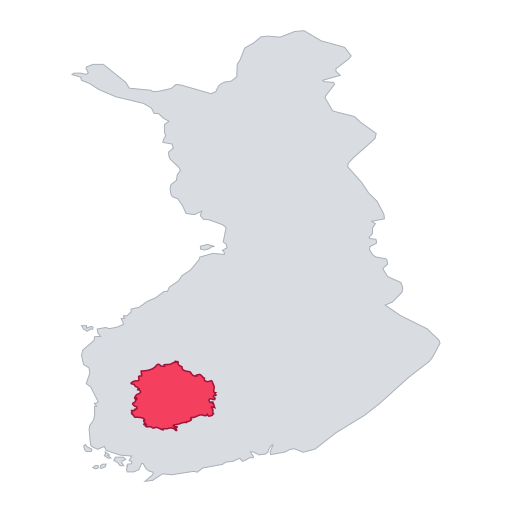 where Pirkanmaa sits in Finland
{"feature_id": "FIN-3186", "entity_name": "Pirkanmaa", "entity_type": "Region", "adm_level": 1, "iso_a3": "FIN", "parent_name": "Finland", "parent_adm1": "", "projection": "robinson", "projection_center": [23.692, 61.717], "detail": "fine", "context": "in_parent", "style": "filled", "palette": "rose", "viewbox_px": 512, "rotation_deg": 0, "n_neighbors": 0, "source": "natural_earth", "source_scale": "10m", "svg_char_len": 7529}
<svg xmlns="http://www.w3.org/2000/svg" viewBox="0 0 512 512"><path d="M186.1,213.5L182.5,205.6L177.8,198.8L172.6,196.9L170.9,194.3L170.1,188.8L171.0,184.5L176.4,180.4L177.3,174.8L180.4,170.3L178.9,167.4L170.2,159.2L169.0,156.6L168.5,152.1L173.4,148.1L172.0,144.0L162.9,142.4L163.3,139.9L165.7,135.8L164.4,132.2L164.5,124.6L168.9,121.2L163.6,118.4L158.5,113.6L154.1,113.3L151.4,108.1L143.5,103.4L115.9,96.8L98.8,89.5L89.8,83.6L81.4,80.2L80.7,77.1L72.0,74.6L73.7,73.2L80.6,73.1L86.2,74.4L88.3,72.7L86.0,68.2L86.4,67.0L92.9,64.4L103.4,64.4L125.8,82.4L129.3,88.2L150.6,90.2L153.0,91.6L158.8,91.3L171.2,88.5L175.9,84.5L180.5,84.9L211.0,93.7L215.7,91.7L218.4,86.3L220.9,83.9L224.3,82.1L231.3,81.1L236.8,76.6L237.2,64.1L239.8,60.4L244.7,48.1L254.1,42.6L260.9,36.9L267.7,36.1L280.0,37.2L294.6,31.5L304.1,30.7L321.1,40.8L344.6,47.3L351.2,55.9L348.3,59.3L336.1,68.6L335.8,71.1L340.3,75.3L322.7,80.3L324.0,81.7L333.5,82.4L334.6,84.2L325.5,96.1L325.3,98.2L332.7,111.0L354.4,116.5L360.5,122.2L376.2,133.5L375.0,138.6L353.1,158.0L348.2,163.4L347.7,166.8L361.5,182.3L368.9,193.3L377.0,201.2L383.9,214.3L384.4,218.8L371.8,221.3L375.4,223.7L372.6,227.8L372.4,233.7L369.0,237.5L369.8,238.5L375.9,239.3L376.6,241.9L376.1,243.5L370.0,246.5L369.5,249.6L373.0,255.1L375.9,257.0L385.7,258.7L387.0,260.2L387.6,264.1L383.2,268.1L383.3,269.6L387.8,276.7L400.9,282.5L402.5,286.8L402.6,289.7L402.0,292.2L392.5,302.0L385.2,305.1L400.3,315.5L427.1,328.8L439.0,340.2L440.0,343.3L432.3,357.6L429.1,361.5L408.6,377.4L379.5,403.6L364.7,415.2L335.9,432.8L315.0,449.1L303.3,452.3L294.2,448.7L289.6,449.5L285.3,452.0L270.7,454.6L270.1,452.0L273.0,444.9L271.7,445.1L269.2,448.3L267.9,452.2L265.2,454.1L259.1,454.9L253.1,451.8L250.3,451.8L253.4,456.5L253.2,457.8L250.1,457.6L243.5,461.1L242.0,461.1L239.9,458.2L232.8,461.4L226.2,462.0L222.3,464.4L202.7,468.0L197.3,472.2L193.7,471.3L171.7,474.8L162.6,473.8L152.6,480.4L144.9,481.3L152.9,474.5L153.2,472.2L149.1,471.1L146.0,468.7L143.2,463.7L141.6,463.5L138.9,469.7L133.7,471.9L127.2,471.9L126.4,469.1L127.6,466.6L126.6,466.1L127.6,464.1L130.9,463.9L131.8,462.9L131.8,461.7L129.1,460.5L131.7,456.1L120.2,455.1L106.0,450.4L104.4,446.4L97.6,449.3L91.4,446.3L90.5,444.5L89.1,429.6L89.7,425.5L93.4,420.5L94.6,415.5L94.6,406.4L96.6,406.4L94.3,403.3L97.6,402.6L98.1,401.6L90.7,387.0L86.2,383.6L89.8,373.1L89.5,370.7L88.9,367.8L83.5,364.5L81.5,355.1L83.0,349.9L94.0,340.4L94.6,336.7L100.7,336.4L97.9,333.0L97.2,329.0L105.9,327.5L109.2,328.7L116.9,327.2L123.7,324.2L121.2,318.5L124.7,318.3L123.6,316.9L123.8,315.5L126.5,316.1L131.0,312.1L131.1,309.0L138.8,307.4L147.6,301.2L155.6,297.8L163.9,291.6L167.5,291.3L169.3,287.1L178.6,280.8L181.8,275.8L190.5,270.0L198.9,259.9L199.8,257.1L212.8,253.4L224.4,254.4L224.1,251.9L222.3,250.4L227.2,247.7L226.0,243.9L223.2,242.0L226.1,227.5L222.5,224.7L209.0,219.8L203.5,219.3L200.3,215.6L201.8,211.2L194.4,214.6L186.1,213.5ZM115.5,457.2L123.6,457.2L125.7,459.5L122.1,461.0L121.8,462.9L123.7,465.7L120.1,465.7L117.6,462.5L113.8,460.3L115.5,457.2ZM209.5,248.6L204.5,250.0L200.5,249.1L200.4,246.3L207.4,244.4L214.5,246.5L211.0,247.0L209.5,248.6ZM86.7,325.7L86.3,328.1L91.1,326.4L93.0,327.1L92.7,329.3L91.1,328.8L87.1,331.3L83.6,329.2L81.4,325.7L86.7,325.7ZM91.9,449.3L91.4,451.4L86.5,451.6L84.6,449.5L83.6,446.0L85.5,444.5L86.7,446.4L91.9,449.3ZM110.9,458.0L108.3,458.2L104.7,456.0L104.3,455.1L105.7,454.6L105.1,452.0L107.9,453.5L109.4,455.1L107.9,455.5L110.9,458.0ZM105.1,466.9L101.5,468.4L100.2,468.0L100.6,465.4L102.7,464.2L106.2,464.1L105.1,466.9ZM97.8,468.3L94.7,468.8L92.8,467.5L95.7,465.4L98.1,465.6L98.5,466.8L97.8,468.3Z" fill="#d9dde1" stroke="#a8b0b8" stroke-width="1"/><path d="M182.0,366.8L182.1,368.3L182.5,369.2L183.2,369.9L184.0,370.3L185.4,370.9L187.0,371.3L189.8,371.7L191.0,372.9L191.5,373.9L192.8,375.3L193.9,375.7L194.4,376.0L195.7,376.2L196.7,376.0L196.2,375.3L196.8,375.1L198.6,374.5L199.7,374.5L200.9,375.0L201.7,375.8L202.4,376.7L203.2,377.5L203.9,377.7L204.5,378.3L204.4,378.7L204.4,379.5L204.4,380.2L204.5,380.5L205.1,380.9L207.1,381.6L208.1,381.6L211.4,380.7L212.1,381.4L212.4,382.2L213.8,385.4L214.2,386.9L214.0,389.1L213.7,390.8L213.9,392.1L214.7,392.6L215.4,392.7L215.1,392.9L214.9,393.0L215.1,393.4L215.9,394.6L216.0,395.3L215.6,395.6L215.0,395.4L214.7,395.2L214.2,395.1L213.7,395.4L213.4,396.2L213.6,396.9L214.1,397.4L215.0,398.2L215.0,398.6L214.9,398.9L214.7,399.0L214.7,399.5L213.9,399.7L211.7,399.0L210.2,398.8L209.1,399.5L208.9,400.5L209.3,401.3L210.0,402.1L210.2,402.6L211.0,402.4L211.8,401.9L212.9,402.1L213.1,402.9L212.6,403.4L212.7,403.7L213.5,403.9L214.0,404.9L214.2,406.3L214.8,407.7L211.7,406.8L211.4,407.2L211.6,407.7L212.1,408.6L212.6,409.2L212.9,409.8L212.9,410.9L212.8,411.9L212.8,412.9L213.5,413.7L212.9,413.9L212.6,414.3L212.5,414.7L212.5,415.0L212.2,415.4L209.5,416.1L208.6,416.1L208.1,415.7L207.3,414.5L207.1,414.2L206.7,414.8L206.3,415.4L205.4,415.8L204.3,415.6L201.8,414.9L200.6,414.9L199.5,415.1L194.7,417.2L193.4,417.5L191.2,417.5L190.8,417.8L190.7,418.5L191.0,419.0L191.5,419.3L191.3,419.9L189.4,421.1L188.0,421.6L186.2,421.9L186.2,422.0L186.3,422.5L184.5,422.4L182.6,422.7L179.1,424.0L174.4,424.8L173.7,425.1L173.3,425.6L174.5,425.8L174.6,426.0L174.4,426.7L174.3,426.9L174.6,427.0L176.3,426.6L176.8,426.6L177.2,427.0L176.9,427.4L176.3,427.8L175.3,428.2L175.4,428.4L175.7,428.6L176.2,429.1L176.6,429.7L176.8,430.0L176.3,430.6L175.7,430.4L173.7,428.5L171.8,428.1L171.2,427.9L169.7,428.0L166.9,428.8L163.0,428.8L162.5,429.0L162.9,429.8L161.7,429.6L158.4,427.9L156.1,427.3L153.4,428.2L152.4,427.8L151.7,427.2L150.7,426.8L149.3,426.6L147.6,426.9L146.7,426.9L146.3,426.7L145.4,426.1L145.3,425.6L145.6,425.3L146.1,425.1L146.5,425.0L146.5,424.6L146.1,424.5L144.4,424.7L144.0,424.6L143.8,424.2L144.0,424.0L144.6,423.6L145.4,423.1L145.2,422.8L144.8,422.6L144.2,422.1L143.8,421.3L143.6,420.8L143.8,420.2L144.7,420.2L144.5,419.3L143.8,418.7L141.9,417.8L137.6,417.2L135.4,417.3L134.7,417.1L134.3,416.8L134.1,416.5L134.0,416.1L133.8,415.7L131.9,413.9L131.6,413.6L131.5,413.2L132.3,412.9L132.2,412.6L132.1,412.3L131.4,410.7L131.6,410.4L132.6,410.5L133.6,410.7L134.0,410.6L134.1,410.3L134.3,410.1L134.6,410.0L134.9,409.9L135.2,409.7L135.1,409.3L135.0,409.2L137.0,408.7L137.0,408.3L136.8,407.8L136.9,407.3L137.0,407.0L136.1,406.6L135.2,406.4L134.1,405.7L132.7,404.2L132.7,403.3L134.9,402.0L135.7,400.8L135.5,400.1L135.7,399.8L136.3,399.7L136.9,399.0L136.8,398.1L136.3,397.8L135.6,398.2L135.4,398.6L135.0,398.7L134.7,398.2L134.6,397.8L134.7,397.4L134.8,397.2L135.4,396.4L136.0,395.3L136.7,394.6L137.5,394.2L138.8,393.7L139.9,393.0L140.5,392.3L140.5,391.1L139.4,390.3L138.6,389.9L137.7,389.7L137.8,389.5L138.0,389.3L139.2,389.1L139.2,388.8L138.2,388.4L137.7,387.9L137.6,387.5L137.1,387.0L136.6,386.9L135.6,386.6L135.0,386.0L134.8,385.4L134.2,384.6L131.1,383.6L131.1,383.0L132.6,381.9L133.8,381.3L135.1,380.9L137.3,380.9L138.1,380.6L138.8,380.1L139.0,379.9L138.8,379.6L138.9,378.8L138.9,378.2L138.7,377.7L138.6,377.0L138.7,376.4L139.4,376.0L140.7,376.0L141.5,375.9L141.7,375.4L141.2,372.2L141.2,371.0L144.9,370.8L148.9,370.1L152.5,368.8L155.2,366.9L156.8,364.9L157.7,364.3L159.1,364.4L159.6,364.7L160.6,365.8L161.3,366.1L163.8,366.2L164.2,366.4L164.6,366.3L164.4,365.5L164.3,365.0L164.2,364.8L165.1,364.6L169.5,364.4L170.9,364.0L172.8,362.9L173.9,362.5L174.5,362.3L175.0,362.0L174.9,361.8L175.0,361.5L175.3,361.3L175.6,361.2L175.8,361.3L175.7,362.3L176.0,362.4L176.3,362.2L176.8,361.7L177.3,361.5L177.8,361.6L178.2,362.0L178.2,362.5L178.0,363.0L178.0,363.4L178.6,364.9L179.5,365.6L182.0,366.8Z" fill="#f43f5e" stroke="#9f1239" stroke-width="1.5"/></svg>